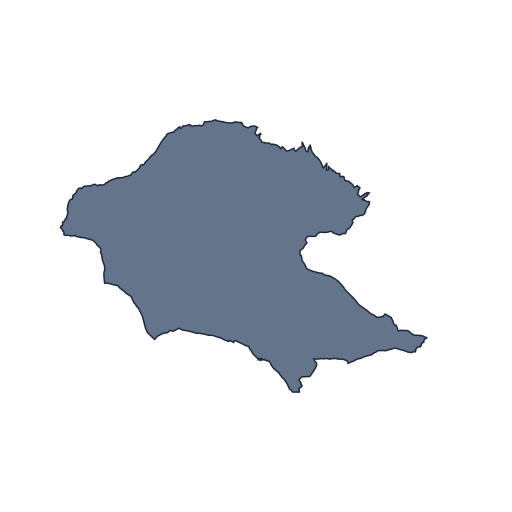 Slimnic, Sibiu, Romania, rotated 30°
{"feature_id": "2599482B85072360210848", "entity_name": "Slimnic", "entity_type": "district", "adm_level": 2, "iso_a3": "ROU", "parent_name": "Romania", "parent_adm1": "Sibiu", "projection": "equal_earth", "projection_center": [24.168, 45.943], "detail": "fine", "context": "isolated", "style": "filled", "palette": "slate", "viewbox_px": 512, "rotation_deg": 30, "n_neighbors": 0, "source": "geoboundaries", "source_scale": "gbopen_adm2", "svg_char_len": 6108}
<svg xmlns="http://www.w3.org/2000/svg" viewBox="0 0 512 512"><g transform="rotate(30 256 256)"><path d="M138.8,355.3L139.9,354.3L141.2,353.6L146.7,352.3L150.7,350.8L154.4,351.9L159.4,352.5L162.5,353.3L168.0,353.5L174.0,357.7L174.4,357.5L178.5,359.6L180.4,360.1L187.6,364.8L196.6,373.9L200.4,376.7L209.9,378.9L210.7,375.0L212.8,371.4L214.5,369.3L217.7,366.5L218.8,363.5L221.4,362.8L222.1,362.3L225.6,356.8L227.3,357.1L229.7,356.8L234.9,354.7L243.7,352.5L245.7,351.1L249.5,349.9L250.0,349.4L252.1,349.1L255.2,348.1L257.9,346.5L267.5,344.4L268.9,344.6L274.8,343.8L275.3,343.3L275.4,342.2L279.7,342.1L280.0,341.3L279.9,339.8L280.6,339.4L283.2,339.5L284.0,339.2L293.2,338.6L294.0,337.9L294.8,337.8L296.8,339.5L299.5,340.6L301.9,342.1L308.1,343.8L309.8,343.6L310.2,344.1L310.0,344.5L310.8,344.1L310.6,343.8L310.7,343.0L311.2,342.7L311.6,343.5L311.1,344.1L311.5,344.4L312.4,343.9L312.2,343.3L312.9,342.8L312.6,342.2L313.5,342.5L313.4,342.2L315.2,341.8L315.3,341.3L317.2,341.6L318.0,341.0L320.7,340.7L323.6,342.8L327.8,344.7L333.3,345.5L339.9,348.4L341.6,348.6L343.6,349.5L347.2,351.3L351.5,354.4L353.6,354.7L355.6,355.6L361.6,352.1L359.5,348.9L360.7,346.9L360.9,345.4L358.7,344.2L358.5,343.5L354.9,341.6L356.1,338.1L356.6,337.4L358.8,336.2L360.2,335.0L361.9,334.2L362.9,333.1L363.5,325.0L363.3,320.8L362.5,319.2L361.6,318.2L359.1,317.5L357.6,316.3L360.8,314.5L364.3,311.9L366.5,311.0L367.8,309.7L371.6,308.4L372.6,307.3L377.2,304.3L377.8,304.6L382.8,302.0L386.9,301.2L387.5,301.3L389.4,302.9L391.6,299.7L392.7,298.8L394.5,295.7L395.8,294.1L398.0,292.1L399.7,289.6L402.2,286.9L405.2,284.1L406.9,280.5L408.1,279.0L408.4,277.7L409.7,276.5L413.3,274.3L414.5,273.9L416.2,272.7L422.0,266.6L423.2,266.0L433.2,263.5L435.6,263.3L439.1,261.8L440.2,260.1L441.7,259.5L441.9,259.1L441.4,258.0L441.4,257.4L440.9,257.1L441.3,256.0L441.2,254.5L442.0,253.9L442.2,253.4L443.9,252.4L443.3,251.4L443.8,250.3L443.1,249.2L443.6,248.5L443.5,247.6L444.4,246.9L443.7,245.1L443.4,243.8L444.5,242.5L444.4,241.9L445.2,241.0L443.6,241.7L440.6,241.8L437.7,242.8L432.7,245.4L429.2,245.4L426.0,244.7L424.4,244.9L418.8,247.8L416.5,249.7L412.1,245.9L410.7,246.4L409.2,245.8L407.8,244.4L403.7,241.6L396.8,241.7L396.4,243.6L396.7,244.7L394.9,245.6L394.8,246.1L393.7,247.3L391.2,248.6L386.8,248.2L384.9,248.6L379.4,247.7L369.0,246.7L363.1,244.2L349.5,240.5L347.8,239.4L341.1,237.0L335.9,236.3L331.2,236.3L328.3,236.8L325.5,238.1L321.6,237.9L320.1,238.8L312.8,240.9L307.6,241.6L306.0,241.4L302.3,238.8L298.1,236.8L295.2,233.1L293.2,232.6L291.5,229.3L291.4,228.7L292.0,228.0L293.0,225.4L292.9,222.8L293.6,219.2L291.1,217.8L290.5,216.9L290.8,213.6L292.0,212.5L297.2,209.6L298.0,208.5L298.1,207.7L298.0,206.3L298.4,205.0L299.1,204.4L299.3,203.5L304.2,201.0L306.7,199.0L308.0,197.4L308.9,197.0L311.3,197.4L316.7,196.4L318.6,195.5L319.8,193.3L322.3,191.8L321.6,187.9L323.2,184.5L323.3,178.8L321.7,177.2L321.5,176.6L322.5,174.4L322.1,173.5L323.1,171.6L324.7,170.6L325.8,168.8L327.7,167.8L328.9,165.2L328.5,163.2L328.6,162.4L327.8,161.0L328.2,154.8L327.4,152.5L326.2,152.5L324.8,153.5L322.3,153.3L321.7,153.8L321.2,153.2L320.7,153.8L319.7,153.8L320.7,151.0L322.1,148.5L322.1,147.0L322.5,144.8L320.2,145.7L320.2,147.2L319.0,147.5L318.4,149.7L317.6,150.5L317.3,152.2L316.3,152.7L315.1,152.0L313.1,152.0L312.7,151.6L312.9,150.7L312.7,149.2L311.8,148.3L312.1,147.3L312.0,145.1L308.5,144.4L307.0,147.5L303.7,145.8L298.5,145.0L297.3,145.4L296.9,146.0L295.0,145.9L292.4,143.4L290.4,144.2L289.1,145.4L287.3,142.7L284.2,144.2L282.3,143.6L279.6,143.8L279.3,143.6L279.6,143.4L279.3,143.4L274.3,142.4L275.7,145.4L274.2,146.4L271.1,140.5L270.8,140.8L271.0,141.6L270.3,146.1L265.1,142.3L262.5,141.0L259.9,140.1L257.8,140.0L252.8,138.0L251.5,136.9L249.7,135.9L248.6,134.5L249.1,134.5L247.6,133.1L247.3,134.8L247.6,135.8L247.3,136.0L248.7,140.1L246.7,140.1L244.2,137.7L244.0,137.9L239.4,134.4L239.2,134.6L239.4,135.2L240.0,135.7L240.2,136.4L241.5,137.4L240.7,138.4L239.5,141.0L238.0,145.3L236.8,145.2L234.8,143.8L232.6,147.3L230.5,149.6L229.2,149.8L227.5,148.9L224.2,148.2L223.5,150.8L221.6,149.7L220.5,149.8L218.3,149.5L217.0,150.2L215.3,150.4L214.3,151.0L214.2,151.7L211.0,151.6L207.2,153.8L206.6,153.4L204.3,154.6L202.6,153.3L199.4,152.3L199.8,150.9L198.5,150.1L199.4,148.3L198.5,147.7L197.5,149.8L197.2,151.1L194.0,150.5L193.4,149.3L193.2,146.1L192.7,145.2L193.1,143.9L189.7,144.1L186.4,146.6L185.6,148.5L184.3,149.2L180.5,149.6L179.1,149.1L177.2,147.8L176.1,147.9L172.6,149.8L171.4,149.8L169.6,151.9L168.1,153.2L166.8,153.9L162.9,155.6L160.3,156.2L155.9,158.0L152.9,158.4L152.1,158.9L150.1,161.8L148.6,162.5L145.8,164.8L144.5,165.2L144.3,165.8L144.6,167.0L144.6,169.3L143.6,170.7L141.8,171.0L139.2,173.1L137.4,173.9L135.7,175.7L133.6,175.3L132.2,175.6L131.0,177.6L130.1,178.1L129.4,178.9L127.7,179.8L127.5,182.4L127.0,183.2L126.5,183.2L125.8,182.3L125.1,182.6L124.2,184.7L124.2,185.5L123.1,187.6L123.1,188.9L122.1,190.3L118.7,193.8L117.9,195.3L118.2,196.9L117.4,200.3L117.0,204.0L117.0,215.6L116.1,219.6L114.9,221.7L114.6,225.9L113.2,229.7L113.3,232.1L112.9,233.7L111.6,233.8L111.0,234.5L110.7,236.1L111.0,238.0L110.4,240.7L109.8,242.1L109.6,243.5L108.2,244.3L107.2,245.4L107.3,248.0L104.5,251.6L102.7,252.9L101.4,254.8L97.0,257.5L96.0,258.4L95.5,259.6L94.1,260.6L90.8,265.2L90.9,266.1L89.3,268.1L89.3,269.3L88.1,270.9L84.5,272.9L83.1,274.6L80.9,274.4L79.9,274.9L77.8,277.8L72.4,281.4L71.8,282.4L71.1,285.1L69.6,285.0L68.4,286.6L68.5,288.0L68.0,289.5L68.5,290.3L68.6,291.2L67.3,294.3L67.2,295.3L68.5,298.4L67.0,300.0L66.8,302.4L67.7,306.1L69.4,310.5L70.8,311.4L71.7,313.2L72.0,314.1L71.9,314.9L72.7,317.3L72.6,317.8L73.0,318.1L72.4,319.7L72.6,322.2L71.9,322.7L71.7,323.8L73.3,326.2L72.6,327.0L72.2,327.9L72.5,329.2L73.5,329.2L76.5,331.1L77.1,330.9L77.4,331.5L78.1,331.8L78.9,333.5L79.4,333.7L80.5,333.6L82.5,332.1L85.6,331.3L86.3,330.5L87.7,330.0L89.1,328.7L89.9,329.0L91.5,328.7L95.6,327.3L98.0,326.1L101.9,325.3L106.4,324.0L109.6,324.5L112.5,325.5L112.8,326.1L114.6,326.2L117.7,327.3L118.8,327.8L119.4,330.4L121.7,332.2L124.7,335.9L129.9,340.5L131.7,343.3L132.9,347.0L134.0,348.9L138.0,354.6L138.8,355.3Z" fill="#64748b" stroke="#1e293b" stroke-width="1.5"/></g></svg>